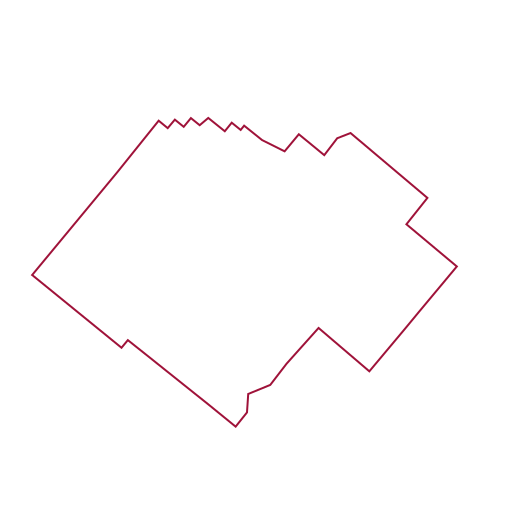 Miller, Missouri, United States of America (Equal Earth projection), rotated 128°
{"feature_id": "52423323B49877300936601", "entity_name": "Miller", "entity_type": "district", "adm_level": 2, "iso_a3": "USA", "parent_name": "United States of America", "parent_adm1": "Missouri", "projection": "equal_earth", "projection_center": [-92.479, 38.224], "detail": "fine", "context": "isolated", "style": "outline", "palette": "rose", "viewbox_px": 512, "rotation_deg": 128, "n_neighbors": 0, "source": "geoboundaries", "source_scale": "gbopen_adm2", "svg_char_len": 605}
<svg xmlns="http://www.w3.org/2000/svg" viewBox="0 0 512 512"><g transform="rotate(128 256 256)"><path d="M100.9,257.2L113.2,264.5L134.5,264.3L133.7,297.2L155.9,297.9L160.9,322.5L160.6,345.6L166.1,345.7L165.9,357.2L176.9,357.4L176.6,378.6L187.6,380.9L187.4,392.2L198.7,392.5L198.5,403.9L209.6,404.3L209.3,416.0L275.5,416.9L408.8,420.7L411.1,305.5L401.2,305.2L401.4,283.1L402.3,201.4L403.0,167.0L384.8,166.8L369.5,177.2L348.8,165.4L322.0,165.6L274.2,162.4L277.1,95.7L221.9,93.8L199.8,93.2L143.6,91.4L140.6,91.3L138.4,157.0L104.7,156.7L100.9,257.2Z" fill="none" stroke="#9f1239" stroke-width="2"/></g></svg>